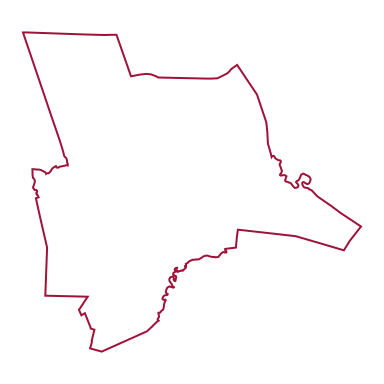 Ommen, Overijssel, Netherlands
{"feature_id": "6326949B52754123611932", "entity_name": "Ommen", "entity_type": "district", "adm_level": 2, "iso_a3": "NLD", "parent_name": "Netherlands", "parent_adm1": "Overijssel", "projection": "albers", "projection_center": [6.449, 52.51], "detail": "fine", "context": "isolated", "style": "outline", "palette": "rose", "viewbox_px": 384, "rotation_deg": 0, "n_neighbors": 0, "source": "geoboundaries", "source_scale": "gbopen_adm2", "svg_char_len": 5795}
<svg xmlns="http://www.w3.org/2000/svg" viewBox="0 0 384 384"><path d="M90.1,348.4L101.7,351.6L147.2,331.2L149.2,329.3L150.9,327.6L151.7,327.0L153.4,325.2L153.8,324.8L157.1,321.6L158.5,320.9L158.7,320.7L158.4,320.4L157.9,320.0L157.6,319.4L157.6,319.2L158.8,317.4L159.0,316.8L159.0,316.2L158.7,314.8L158.7,314.5L158.4,313.3L158.4,312.8L158.5,312.7L159.8,312.8L160.0,312.7L161.0,311.5L161.2,311.1L163.1,309.6L163.4,309.1L164.0,305.2L164.0,304.8L164.1,304.3L164.5,302.8L164.8,302.0L165.6,300.5L165.7,300.1L165.5,299.8L165.3,299.7L163.9,299.8L163.0,299.5L162.7,299.3L162.6,299.0L162.5,298.7L162.5,298.4L163.1,297.0L163.4,296.4L164.0,295.8L164.8,295.3L167.0,295.1L167.6,294.7L167.7,294.0L166.5,293.3L166.0,292.8L165.9,292.4L165.9,291.5L166.1,291.0L166.2,290.3L166.4,289.5L167.1,288.0L167.5,287.6L168.1,287.1L168.7,286.7L169.3,286.5L169.9,286.5L170.2,286.8L170.4,286.9L171.4,286.9L173.0,287.6L173.6,287.6L173.8,287.4L174.0,287.2L173.8,286.8L173.0,286.6L172.6,286.4L172.4,286.2L172.2,285.8L172.1,284.9L171.9,284.3L171.0,283.3L170.5,282.5L170.5,282.2L170.2,282.0L170.0,281.8L169.6,281.1L169.4,280.6L169.3,279.1L169.4,278.8L169.8,278.2L170.2,277.4L170.4,277.3L171.0,277.0L171.5,276.9L172.8,276.5L173.1,276.5L173.5,276.9L173.6,277.3L173.8,278.6L173.7,278.9L173.6,279.3L173.7,279.8L173.9,280.3L174.3,280.7L174.7,281.0L175.1,281.1L175.3,280.9L175.5,280.7L175.6,279.8L176.1,277.5L176.2,277.2L176.0,276.4L175.7,276.0L174.6,275.5L174.0,275.1L173.2,274.5L173.1,274.2L173.2,273.5L173.3,273.1L173.6,272.7L174.9,272.0L175.2,271.8L175.5,271.3L175.5,271.1L175.4,270.9L174.7,269.8L174.9,269.4L174.9,269.0L175.3,268.4L176.0,268.0L177.1,267.7L177.2,267.8L177.1,268.0L176.2,268.7L175.9,269.3L175.8,269.8L175.7,270.0L175.7,270.3L176.0,270.5L176.2,271.1L176.2,271.5L176.5,271.4L177.2,271.4L177.2,271.6L177.3,271.7L177.8,271.8L178.0,271.6L178.0,271.4L178.3,271.7L178.7,271.3L179.6,271.1L179.8,271.0L180.5,271.0L180.7,270.7L182.2,270.5L182.5,270.6L182.5,270.3L183.0,270.3L183.2,270.0L183.9,269.6L184.7,268.7L185.5,268.1L185.8,267.8L185.9,267.5L185.9,267.3L185.0,266.6L184.9,266.5L185.0,266.1L185.9,266.1L186.1,265.9L186.0,264.1L185.9,263.9L187.8,262.8L188.1,262.5L188.2,262.2L189.2,261.4L190.6,260.5L191.5,260.4L192.4,259.7L192.8,259.7L193.8,259.9L195.3,259.5L196.5,259.5L198.0,259.3L198.5,259.4L198.8,259.4L202.1,257.4L203.0,256.6L204.9,255.9L205.9,255.7L207.4,255.6L208.8,256.1L209.2,256.3L212.7,257.0L214.5,256.9L215.4,257.3L215.9,257.3L216.8,257.1L217.9,257.1L218.7,256.6L219.1,255.9L219.6,255.5L220.1,254.9L220.7,253.8L222.5,252.4L223.4,252.1L224.4,252.4L225.5,252.6L226.4,252.4L226.5,252.2L226.2,251.0L225.4,250.6L225.1,250.1L225.2,249.7L225.5,249.4L225.3,249.0L226.7,248.7L235.9,247.6L236.9,236.6L237.9,229.7L295.8,236.2L343.9,250.3L349.8,240.8L361.0,226.5L340.5,212.9L331.4,206.1L317.7,196.6L317.0,196.0L312.7,191.4L311.7,190.4L311.0,190.0L310.1,189.6L309.2,189.4L309.1,189.0L308.9,188.7L308.4,188.5L307.5,187.9L306.4,187.9L306.0,187.7L305.0,187.6L303.7,187.0L303.2,186.2L302.6,185.1L302.2,183.7L302.3,183.0L302.4,182.6L302.5,182.5L303.1,182.1L303.9,182.2L306.7,183.9L307.1,184.0L307.9,184.0L308.8,183.5L309.4,182.9L309.9,181.9L310.3,180.9L310.6,179.5L310.6,179.1L309.9,177.5L309.7,177.3L309.3,176.7L308.7,176.5L308.4,176.1L307.9,175.9L307.4,175.5L305.9,175.0L304.1,173.9L303.4,173.7L303.1,173.7L302.6,173.8L301.7,174.4L301.1,174.9L300.9,175.1L300.6,176.3L300.1,177.3L299.3,179.1L299.0,179.5L298.4,180.2L297.8,180.7L296.5,181.3L296.2,181.8L296.1,182.2L296.2,182.4L297.5,183.8L298.0,184.4L298.2,184.8L298.4,185.7L298.4,185.9L298.3,186.4L297.7,187.2L297.3,187.4L295.8,187.9L295.2,187.9L294.6,187.8L293.2,186.4L291.4,183.9L290.5,183.0L289.8,182.7L288.7,182.5L287.6,181.9L286.1,181.6L285.7,181.3L285.3,181.0L285.1,180.6L285.1,180.1L285.3,179.7L285.6,179.3L285.7,178.2L286.5,176.3L286.5,176.2L286.4,176.1L285.0,175.3L284.2,175.1L282.7,175.2L281.0,175.6L280.5,175.5L280.2,175.3L280.1,175.2L280.0,174.9L280.2,174.3L280.3,174.0L280.9,173.4L281.2,172.9L281.8,171.6L281.9,171.2L281.9,170.8L281.6,170.3L281.4,169.5L280.5,166.7L279.9,165.7L279.7,164.7L279.7,164.3L279.8,163.8L280.0,163.4L280.4,163.1L280.6,162.6L280.7,162.2L280.8,161.6L280.7,161.0L280.4,160.6L280.0,160.3L278.8,160.3L278.3,160.1L276.1,158.9L275.3,158.2L275.0,157.9L274.5,156.7L274.2,156.2L273.9,156.0L273.3,155.8L272.4,156.1L272.2,156.3L271.6,157.1L270.6,152.8L269.8,150.2L269.4,148.6L268.0,143.9L267.9,143.3L267.4,133.6L267.4,132.6L266.8,127.1L266.7,125.5L266.6,125.4L266.3,122.3L257.0,94.6L237.1,64.9L231.1,69.2L229.8,70.9L227.5,73.2L224.1,75.0L217.5,78.3L211.1,78.6L206.8,78.6L158.2,77.5L155.7,76.1L150.7,74.3L146.7,73.9L140.5,74.5L131.0,76.3L116.5,34.8L111.6,34.8L104.5,35.0L82.4,34.4L25.7,32.4L23.0,32.5L38.1,77.0L41.0,85.5L45.5,98.8L48.5,107.7L54.4,125.0L54.6,125.5L59.7,140.4L61.3,145.4L63.1,151.4L64.1,155.6L64.4,156.2L64.8,156.8L66.2,158.0L66.9,160.0L67.1,162.4L67.8,164.0L67.7,165.5L67.2,165.3L66.7,165.2L62.0,166.3L60.2,166.6L59.7,166.7L59.0,167.0L58.6,167.5L58.1,167.7L56.5,167.5L56.2,167.0L56.1,166.2L55.8,166.1L53.5,167.5L52.2,168.7L51.7,169.4L50.7,171.1L49.2,172.8L48.3,173.3L46.7,173.4L46.2,173.8L46.1,173.2L45.8,172.8L45.4,172.4L40.9,170.0L38.6,169.5L36.2,169.5L35.2,169.3L33.6,169.2L32.4,169.2L32.5,171.3L32.5,173.3L32.6,175.3L32.9,176.7L32.8,177.3L33.1,177.9L33.8,178.7L34.2,179.0L34.5,179.7L34.5,180.0L34.8,180.8L34.8,181.5L34.9,181.8L33.6,185.9L33.1,187.0L33.2,187.4L33.1,187.8L33.3,188.2L34.2,189.1L34.3,189.7L35.2,190.1L35.7,190.1L36.1,189.9L36.3,189.9L36.4,190.1L37.0,191.0L37.1,191.4L37.2,191.8L37.0,192.2L36.5,192.6L36.5,192.9L36.3,193.1L36.3,193.3L36.8,194.6L37.2,194.5L38.6,197.3L35.9,198.3L40.0,216.8L47.1,247.6L45.3,295.7L87.7,296.7L79.7,308.8L78.9,309.7L81.4,315.3L84.9,313.2L90.8,328.1L90.9,328.3L90.8,328.6L94.4,329.7L91.7,340.9L91.7,341.2L91.9,341.8L91.9,342.1L90.1,348.4Z" fill="none" stroke="#9f1239" stroke-width="2"/></svg>